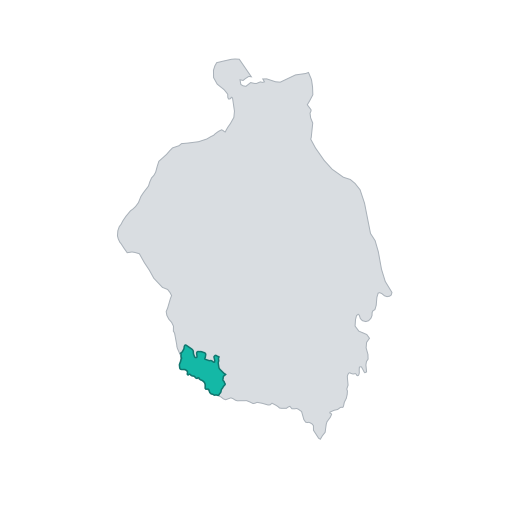 Satu Mare on a map of Romania (Equal Earth projection), rotated 248°
{"feature_id": "ROU-301", "entity_name": "Satu Mare", "entity_type": "County", "adm_level": 1, "iso_a3": "ROU", "parent_name": "Romania", "parent_adm1": "", "projection": "equal_earth", "projection_center": [22.899, 47.706], "detail": "fine", "context": "in_parent", "style": "filled", "palette": "teal", "viewbox_px": 512, "rotation_deg": 248, "n_neighbors": 0, "source": "natural_earth", "source_scale": "10m", "svg_char_len": 5692}
<svg xmlns="http://www.w3.org/2000/svg" viewBox="0 0 512 512"><g transform="rotate(248 256 256)"><path d="M388.4,281.9L392.8,287.4L398.4,290.3L411.2,293.4L412.3,293.0L412.4,292.4L411.5,291.6L411.4,290.6L411.9,289.3L413.7,289.3L416.6,290.4L422.0,288.8L429.9,284.4L437.3,283.5L444.1,286.1L447.7,289.1L450.0,292.0L449.4,295.6L449.1,297.8L447.6,306.9L446.5,310.4L444.7,314.2L423.9,318.8L425.2,316.6L424.5,312.7L423.6,309.8L425.4,307.2L420.7,306.2L418.7,307.7L417.1,310.2L418.8,316.0L416.6,319.2L415.8,321.0L415.8,325.3L414.5,327.1L414.3,329.1L417.6,328.6L416.2,332.3L410.2,339.4L408.1,343.6L409.1,360.4L406.6,370.4L406.5,373.4L399.8,373.5L397.8,373.3L391.4,371.7L384.2,369.1L379.8,363.9L377.0,360.2L371.0,361.8L369.9,361.4L368.2,359.6L363.6,358.4L358.0,358.4L345.2,351.6L343.8,350.5L333.9,351.6L319.1,355.0L307.9,359.1L296.3,366.5L291.6,372.1L286.2,375.0L278.4,377.3L264.3,376.4L249.7,373.6L234.0,370.6L225.6,372.2L214.1,371.0L196.8,367.4L184.0,366.3L171.3,368.4L169.2,366.8L168.7,364.9L169.2,362.3L171.0,360.2L174.0,358.6L175.7,356.9L175.8,355.3L172.4,352.6L165.3,349.0L162.4,346.7L161.7,346.1L161.5,344.1L160.1,342.5L157.4,341.3L155.2,339.2L153.8,336.1L154.1,333.2L156.2,330.4L159.0,329.3L162.3,329.6L163.7,328.9L163.1,326.9L159.9,324.5L153.9,321.6L147.8,323.2L141.7,329.3L137.2,330.4L134.5,326.2L129.6,323.7L122.7,322.9L118.4,321.3L116.8,318.9L113.8,317.1L107.1,315.1L107.0,313.2L108.1,312.8L110.5,312.6L113.7,312.2L114.2,311.2L114.2,310.2L111.7,309.0L109.2,308.1L107.9,307.3L107.0,306.3L106.9,305.4L107.6,304.7L108.6,304.7L109.7,304.1L110.2,301.8L111.6,300.0L112.6,299.3L112.6,298.0L111.6,296.7L110.2,295.6L108.1,294.9L101.8,293.0L98.6,290.3L96.6,290.2L93.5,288.7L90.2,286.4L87.3,283.1L84.2,281.0L83.3,280.1L83.3,279.2L83.9,278.3L83.9,277.3L83.1,274.1L83.7,270.7L83.6,267.4L83.5,266.0L82.9,265.6L82.4,266.0L81.6,266.7L80.9,266.8L78.6,264.4L75.7,259.7L73.7,258.1L69.9,255.9L66.7,254.1L64.4,250.1L62.0,247.0L63.6,245.8L72.9,244.0L77.2,245.7L79.2,245.1L81.1,243.7L82.1,242.5L82.3,241.3L83.3,239.8L86.4,239.1L94.7,240.0L98.0,237.9L99.3,236.7L100.0,234.2L100.9,232.1L103.9,231.1L103.9,229.2L103.4,227.2L105.2,222.6L106.3,220.8L107.9,220.1L110.0,218.7L113.5,215.7L112.7,213.2L113.4,211.3L117.1,206.6L119.9,202.2L119.9,199.9L120.3,198.0L122.8,195.8L125.4,193.1L128.8,184.4L130.0,182.9L132.3,181.3L133.9,179.6L134.1,174.0L135.7,172.3L138.7,170.5L141.7,167.5L144.1,164.0L145.9,162.4L148.4,162.0L151.1,160.6L154.0,160.1L156.9,160.8L158.7,160.4L161.5,158.7L168.6,152.3L169.6,151.1L171.0,150.2L176.7,148.0L178.2,145.8L180.1,143.8L182.7,144.0L190.9,148.8L199.8,148.5L201.4,148.7L202.0,148.8L203.1,149.2L214.9,151.6L216.7,151.4L217.2,151.2L221.9,153.2L226.1,152.9L230.1,151.5L234.3,151.1L238.1,151.9L241.0,154.7L248.6,160.7L250.9,162.9L254.3,162.6L258.1,161.5L261.9,157.5L273.7,152.9L282.8,151.8L291.6,150.0L301.8,148.7L304.7,145.0L306.2,142.5L307.3,137.8L312.8,136.5L318.0,135.5L319.8,134.9L323.6,134.7L326.6,135.1L331.2,137.4L334.5,140.3L335.8,142.6L338.6,145.9L341.6,150.4L344.9,156.5L345.7,159.6L347.0,162.9L349.5,167.0L354.2,171.5L354.8,172.3L357.0,175.5L361.1,182.5L364.5,185.3L367.5,188.4L369.0,191.5L371.2,194.3L376.1,198.0L380.2,201.4L383.7,211.1L386.0,215.6L387.5,219.1L387.1,226.0L388.1,229.0L386.4,234.5L383.5,245.5L382.9,254.2L383.6,259.0L383.8,262.0L384.6,263.9L385.6,267.9L385.9,271.4L384.7,272.4L383.1,273.3L382.5,274.0L384.0,275.6L386.2,278.5L388.4,281.9Z" fill="#d9dde1" stroke="#a8b0b8" stroke-width="1"/><path d="M156.9,160.9L158.5,160.7L159.9,160.1L161.1,159.2L162.1,158.1L162.6,157.8L163.4,157.5L164.3,157.4L164.5,157.2L164.9,156.7L164.8,156.3L164.6,155.9L164.6,155.5L165.0,154.8L165.7,154.4L167.3,153.9L167.9,153.4L168.9,151.7L169.6,151.1L170.4,150.9L171.1,150.4L171.5,149.7L171.1,148.7L171.5,148.1L172.1,148.0L172.8,148.3L173.4,148.7L174.0,149.0L174.7,149.2L175.3,149.1L177.1,147.9L177.6,147.1L178.5,144.7L179.3,143.6L180.1,143.3L181.0,143.4L183.8,144.2L184.5,144.7L186.2,146.4L188.1,147.8L189.0,148.7L189.3,148.8L189.6,148.8L189.9,148.8L190.2,148.7L190.3,148.7L190.5,148.7L193.1,149.8L193.9,149.8L194.1,149.7L194.7,151.7L196.7,154.1L197.1,154.5L197.6,154.8L199.0,155.6L199.5,156.1L199.9,156.7L199.9,157.3L199.5,157.8L193.8,161.6L192.9,162.0L191.9,162.2L191.2,162.2L190.6,162.0L189.9,161.7L188.4,161.3L185.5,161.3L184.8,161.5L184.4,162.0L184.2,162.7L184.3,163.1L184.5,163.5L185.0,163.7L187.7,164.4L188.4,164.7L188.8,165.1L189.1,165.5L189.2,166.2L189.0,166.8L188.5,167.8L188.3,168.5L187.6,169.8L186.7,170.7L186.0,171.6L185.4,172.2L184.6,172.6L183.9,172.6L183.3,172.4L181.5,171.3L181.0,171.0L180.3,170.2L180.0,170.0L179.6,170.0L179.3,170.2L176.9,172.9L176.5,173.4L176.3,173.9L176.2,174.5L176.0,174.9L175.8,175.3L175.5,175.6L175.1,175.9L173.6,176.8L173.3,177.1L173.2,177.4L173.2,177.8L173.8,178.2L174.5,178.6L178.2,179.2L178.7,179.9L179.0,180.6L179.1,181.0L179.0,181.4L178.8,181.7L177.2,182.9L177.0,183.2L176.8,183.5L176.6,183.8L176.4,183.9L175.9,183.6L175.2,182.9L174.8,182.7L173.1,182.3L172.5,182.0L171.5,181.2L171.0,180.9L166.5,179.8L165.7,179.8L164.6,180.0L159.3,182.3L157.6,183.5L157.2,182.6L156.9,181.3L156.5,180.7L156.1,180.3L154.9,179.7L154.2,179.2L153.6,178.9L153.2,178.8L152.8,178.9L151.8,179.3L151.4,179.4L150.9,179.3L150.5,179.3L150.1,179.3L149.8,179.4L149.4,179.5L148.7,179.4L148.3,179.1L148.1,178.7L147.6,177.6L147.3,177.0L146.1,175.5L145.5,174.4L144.9,173.7L143.2,172.6L142.8,172.2L142.4,171.7L142.0,170.7L141.1,169.6L140.9,169.3L141.0,169.0L141.0,168.6L141.2,168.2L142.2,167.0L142.3,166.5L142.4,165.6L142.6,165.2L142.9,164.9L143.6,164.5L143.9,164.2L144.8,163.0L145.2,162.6L146.0,162.3L146.7,162.0L147.2,162.0L149.1,162.2L149.6,162.2L150.2,162.0L150.6,161.6L151.3,159.6L152.5,159.3L155.5,160.7L156.9,160.9Z" fill="#14b8a6" stroke="#0f766e" stroke-width="1.5"/></g></svg>